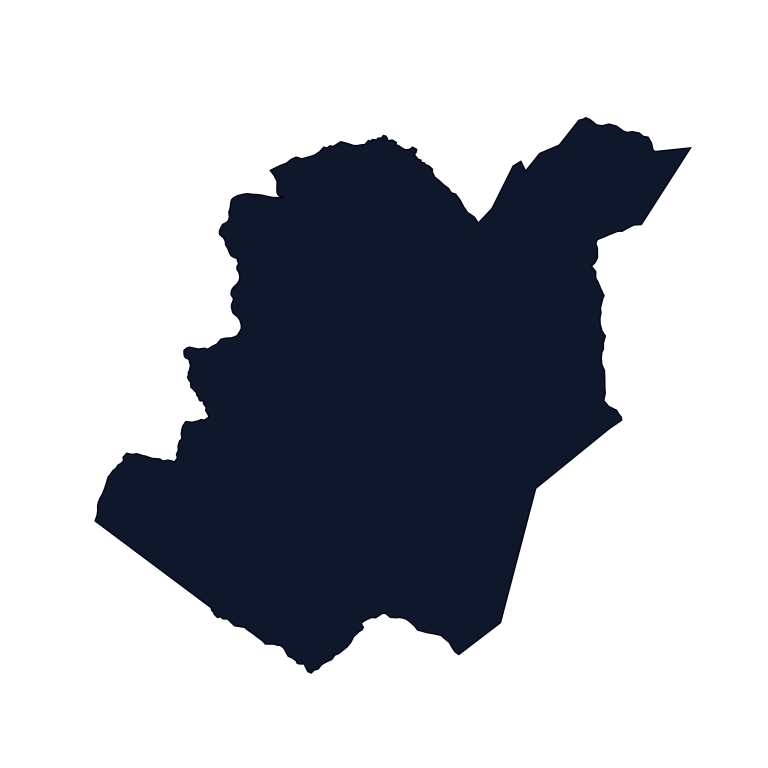 Gumine District, Chimbu, Papua New Guinea (orthographic projection), rotated 10°
{"feature_id": "67681753B36578207739625", "entity_name": "Gumine District", "entity_type": "district", "adm_level": 2, "iso_a3": "PNG", "parent_name": "Papua New Guinea", "parent_adm1": "Chimbu", "projection": "orthographic", "projection_center": [144.798, -6.194], "detail": "fine", "context": "isolated", "style": "filled", "palette": "ink", "viewbox_px": 768, "rotation_deg": 10, "n_neighbors": 0, "source": "geoboundaries", "source_scale": "gbopen_adm2", "svg_char_len": 4463}
<svg xmlns="http://www.w3.org/2000/svg" viewBox="0 0 768 768"><g transform="rotate(10 384 384)"><path d="M123.3,569.0L252.6,634.3L253.8,636.9L255.7,638.2L256.8,640.2L260.5,642.8L263.1,641.6L266.1,643.2L270.8,642.6L272.9,644.0L278.8,648.0L288.9,647.8L292.9,650.1L298.1,652.4L303.3,655.2L308.7,657.8L312.3,660.6L321.3,659.2L324.4,659.8L327.0,659.3L331.0,661.3L337.1,668.8L341.0,669.6L345.6,671.8L347.1,674.1L349.7,674.3L353.9,673.5L358.9,680.4L362.6,681.2L364.7,677.9L368.5,676.2L371.4,671.0L375.1,667.9L380.4,664.3L382.6,659.6L386.4,657.0L393.3,649.3L396.2,644.0L397.9,638.1L400.9,634.2L402.2,632.3L405.1,629.8L405.9,627.1L404.0,625.4L403.3,622.9L407.6,619.2L412.2,616.1L416.3,615.6L418.5,613.6L422.1,610.2L425.2,609.5L430.7,612.6L436.2,612.1L439.9,611.1L443.6,611.2L446.7,611.6L451.4,614.0L456.7,617.4L459.8,620.4L469.3,621.3L476.4,621.3L483.8,621.6L488.6,624.6L493.2,627.1L497.5,632.4L500.7,635.5L504.6,637.4L540.1,598.8L551.5,460.4L613.4,389.0L624.3,378.3L623.4,375.5L620.0,372.5L617.7,369.6L609.3,367.2L603.2,362.2L603.5,355.0L602.3,350.2L600.2,339.2L598.7,332.4L595.1,327.0L593.4,320.7L593.0,314.8L594.0,311.6L592.9,305.8L593.6,298.3L589.4,293.9L586.3,287.1L585.2,281.6L585.3,275.9L583.9,272.1L584.6,261.2L585.4,259.0L580.7,252.3L577.1,246.6L574.1,243.1L572.9,236.5L567.8,231.9L570.6,227.9L572.3,222.6L570.5,213.1L568.1,208.8L568.9,204.7L575.3,200.8L579.7,197.8L587.7,192.9L592.1,192.1L596.5,188.4L602.3,184.0L609.7,182.2L644.8,98.3L610.9,108.0L608.4,107.2L605.5,100.2L601.2,95.1L596.3,95.2L592.0,92.6L584.7,92.4L579.8,94.1L575.8,93.4L568.2,89.7L560.4,89.0L554.3,91.8L548.5,92.0L540.8,87.8L536.3,86.8L534.1,88.8L530.2,90.4L515.2,118.3L497.3,130.0L486.5,149.8L480.1,141.0L473.4,146.9L459.9,192.5L448.9,209.2L444.0,204.0L436.6,200.7L431.6,195.7L426.7,189.4L421.6,184.7L417.0,184.0L413.4,180.1L408.2,177.6L404.4,175.0L398.1,171.5L394.8,167.1L394.4,164.1L390.8,161.7L386.9,160.9L385.4,159.4L381.9,159.2L381.5,157.1L378.5,156.8L374.1,152.9L375.2,150.6L375.5,147.4L370.9,145.8L369.0,148.3L365.1,149.6L362.3,149.2L357.3,147.0L354.2,146.3L354.1,144.0L349.9,142.4L344.5,144.1L344.9,142.0L343.0,139.7L340.2,139.4L338.9,142.1L335.2,143.2L334.4,144.9L329.9,145.4L329.5,147.2L326.4,147.0L323.5,151.7L320.5,152.3L316.3,153.9L312.7,154.5L306.2,153.5L299.4,153.0L292.8,158.9L289.4,158.9L286.8,161.6L283.6,161.2L280.2,166.6L275.7,170.9L264.0,176.6L258.1,175.9L253.7,178.9L249.6,183.5L244.5,186.5L240.0,189.8L235.0,193.4L239.4,197.4L241.5,200.3L243.5,202.8L244.1,206.0L244.5,209.5L245.4,213.9L246.6,215.8L248.3,217.1L253.7,217.8L246.2,219.1L241.5,219.7L237.4,219.6L230.3,219.3L225.1,219.6L221.8,220.1L216.6,220.3L212.5,221.6L207.2,223.9L203.3,226.9L201.8,229.4L201.7,233.5L202.0,236.8L201.8,240.1L201.3,241.2L202.7,246.1L202.7,248.5L201.8,251.5L197.4,254.9L195.8,259.8L195.5,262.8L196.2,265.2L200.8,268.1L202.8,270.6L203.9,274.4L206.7,277.7L209.4,282.1L211.1,284.1L213.4,285.1L217.3,285.9L218.2,287.1L218.5,288.6L219.5,289.6L219.9,291.3L218.8,294.0L219.3,296.4L222.0,299.7L223.5,303.8L223.5,307.4L222.0,310.8L218.7,315.4L217.7,318.2L217.6,320.8L218.3,323.3L220.1,324.8L221.1,326.5L220.7,329.5L220.1,332.0L220.5,335.0L222.1,338.7L223.2,340.4L225.2,341.7L228.2,343.2L231.1,346.2L233.3,350.8L233.9,354.3L232.9,357.5L231.2,361.6L229.0,363.4L225.6,365.2L221.7,366.0L218.9,366.9L215.6,368.3L212.5,373.7L210.0,375.6L208.3,376.7L204.3,380.5L201.1,380.0L198.3,380.8L195.2,381.9L189.3,381.7L185.7,381.6L183.1,383.3L181.2,385.7L181.9,389.2L182.8,391.5L184.2,392.7L186.8,393.3L188.0,394.0L188.6,396.1L190.2,399.1L190.2,402.3L190.0,404.9L189.3,406.7L190.0,408.9L189.4,411.3L191.1,414.0L193.3,415.7L194.3,420.5L197.4,422.5L198.7,423.7L200.7,424.8L201.9,427.9L203.7,429.2L204.9,431.8L206.2,432.5L208.5,432.0L209.3,432.8L209.9,435.0L212.9,437.6L213.1,439.2L213.0,441.1L216.2,444.7L217.4,447.2L215.2,449.0L213.4,451.0L211.1,450.7L209.5,451.1L207.8,452.5L201.9,455.0L195.3,455.5L194.7,457.0L193.3,460.2L192.9,462.8L193.0,465.4L193.0,468.2L194.0,470.9L194.4,472.3L194.1,473.8L192.6,475.7L192.0,480.8L193.0,484.9L191.9,489.5L192.7,490.9L193.4,492.8L192.2,495.2L191.7,496.9L184.3,496.5L181.1,498.0L179.1,498.1L176.2,496.8L168.5,497.6L161.7,496.5L158.3,496.4L154.5,495.8L152.3,495.7L149.3,496.9L146.6,497.2L142.8,496.9L139.8,501.5L140.7,503.7L140.6,505.2L138.9,507.8L136.1,510.2L134.6,513.7L132.2,516.3L130.0,521.0L128.5,523.6L127.8,530.3L127.0,535.7L125.9,541.1L124.0,546.5L123.3,550.4L123.2,553.7L124.1,558.5L124.3,563.3L123.3,569.0Z" fill="#0f172a" stroke="#020617" stroke-width="1.5"/></g></svg>